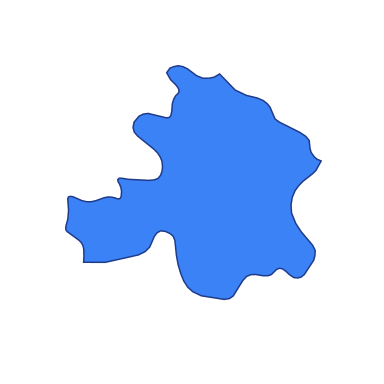 SVG path tracing the border of Yên Bái, rotated 336°
{"feature_id": "VNM-458", "entity_name": "Yên Bái", "entity_type": "Province", "adm_level": 1, "iso_a3": "VNM", "parent_name": "Vietnam", "parent_adm1": "", "projection": "natural_earth1", "projection_center": [104.512, 21.797], "detail": "fine", "context": "isolated", "style": "filled", "palette": "blue", "viewbox_px": 384, "rotation_deg": 336, "n_neighbors": 0, "source": "natural_earth", "source_scale": "10m", "svg_char_len": 1848}
<svg xmlns="http://www.w3.org/2000/svg" viewBox="0 0 384 384"><g transform="rotate(336 192 192)"><path d="M265.2,95.4L272.9,116.4L280.9,125.8L289.9,132.7L294.4,137.6L296.6,141.9L297.8,146.2L297.6,159.2L300.4,163.9L314.9,181.6L318.6,187.5L320.0,192.6L317.6,200.0L316.9,204.2L318.0,209.6L319.5,212.8L322.6,216.2L314.0,222.7L309.8,224.3L297.9,227.3L292.1,229.6L286.7,232.7L281.3,237.8L277.2,244.1L274.4,251.6L274.0,263.0L275.6,272.8L280.5,289.6L280.8,295.4L278.3,300.3L275.5,303.8L261.0,313.1L257.0,314.1L253.8,313.6L250.3,311.7L247.4,307.1L245.6,302.8L243.4,299.0L240.8,297.2L237.6,297.2L231.0,299.7L227.3,299.4L222.7,297.3L216.7,293.3L212.0,291.4L207.4,291.4L202.1,293.7L187.5,303.7L182.9,304.6L177.7,303.2L158.3,290.6L152.1,283.4L149.4,277.2L148.3,270.1L148.5,262.4L149.8,252.5L152.1,243.2L156.7,229.2L156.8,224.7L155.1,221.1L151.7,217.2L147.5,214.7L143.3,215.1L139.5,217.3L131.1,225.0L125.0,227.4L117.6,227.7L84.2,221.0L64.4,212.1L67.0,207.1L69.9,200.1L70.6,196.6L70.3,193.3L69.0,189.9L61.8,177.3L61.4,175.5L62.0,173.5L63.6,171.0L67.4,166.5L71.8,158.5L75.7,147.7L77.2,146.2L79.4,146.6L81.8,148.4L88.0,155.2L91.9,158.1L95.7,159.8L100.3,160.8L109.4,161.5L113.3,162.4L116.6,164.1L119.4,166.2L121.6,168.3L123.5,168.7L125.4,167.4L127.8,163.0L128.9,159.0L129.0,155.4L128.7,152.4L129.3,150.4L131.2,149.8L133.5,150.9L139.0,154.5L157.0,163.7L162.2,165.5L166.4,165.8L170.0,164.0L173.2,160.7L175.5,156.6L177.1,151.5L177.2,147.1L176.5,142.3L174.4,137.0L165.2,119.0L163.6,113.7L164.4,109.1L167.5,104.6L174.4,101.2L179.2,101.0L183.9,102.4L198.6,113.7L201.3,114.7L203.7,113.6L206.4,110.0L209.9,103.4L213.1,99.7L216.3,97.4L219.2,96.4L221.1,94.9L221.7,92.1L221.1,88.5L218.1,80.6L217.4,72.7L222.2,69.9L226.0,70.0L230.7,71.0L234.7,73.8L238.0,77.7L243.5,87.6L248.2,92.5L253.9,95.0L259.0,96.1L265.2,95.4Z" fill="#3b82f6" stroke="#1e3a8a" stroke-width="1.5"/></g></svg>